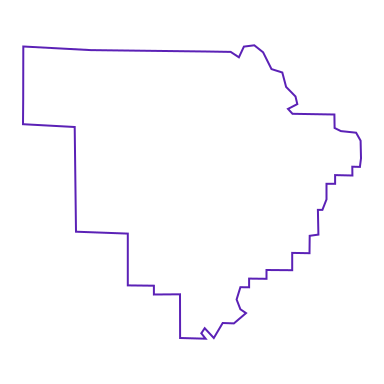 Walker, Alabama, United States of America (orthographic projection)
{"feature_id": "52423323B96350777838033", "entity_name": "Walker", "entity_type": "district", "adm_level": 2, "iso_a3": "USA", "parent_name": "United States of America", "parent_adm1": "Alabama", "projection": "orthographic", "projection_center": [-87.187, 33.759], "detail": "fine", "context": "isolated", "style": "outline", "palette": "violet", "viewbox_px": 384, "rotation_deg": 0, "n_neighbors": 0, "source": "geoboundaries", "source_scale": "gbopen_adm2", "svg_char_len": 828}
<svg xmlns="http://www.w3.org/2000/svg" viewBox="0 0 384 384"><path d="M127.8,285.4L153.9,285.7L153.9,294.5L180.0,294.3L180.1,338.0L205.6,338.7L201.3,333.3L204.7,328.2L213.8,338.0L222.7,323.0L233.9,323.4L246.0,313.1L240.4,309.3L236.6,299.5L240.4,287.2L249.1,287.3L249.1,278.6L266.5,278.8L266.5,270.0L292.2,270.2L292.2,252.9L309.5,253.2L309.7,235.8L318.4,234.6L317.9,209.9L322.4,209.9L326.5,199.4L326.5,183.8L335.1,183.8L335.1,175.1L352.4,175.5L352.3,166.7L359.9,166.9L361.0,158.3L360.6,140.7L356.1,132.7L340.9,131.1L334.6,128.0L334.4,114.5L292.5,113.8L288.0,108.9L297.3,104.1L295.5,96.5L286.1,86.9L282.3,72.5L271.5,69.1L263.1,52.3L254.3,45.3L243.9,46.6L238.9,57.3L230.7,51.9L206.2,51.5L90.6,50.1L23.3,46.5L23.2,98.4L23.0,124.2L74.7,127.0L76.0,231.7L127.8,233.6L127.8,285.4Z" fill="none" stroke="#5b21b6" stroke-width="2"/></svg>